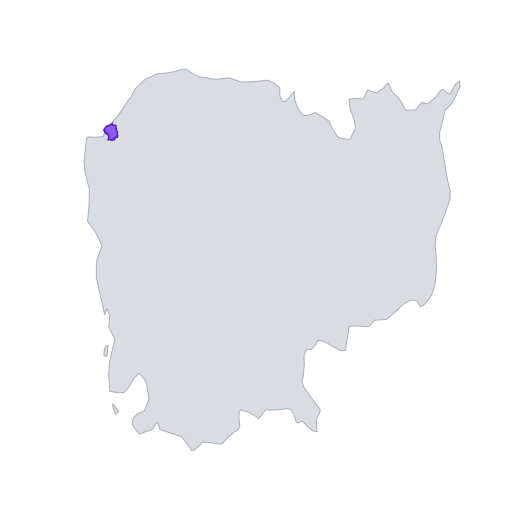 Paoy Paet, Bântéay Méanchey, Cambodia shown in context, rotated 8°
{"feature_id": "14789045B48513904069909", "entity_name": "Paoy Paet", "entity_type": "district", "adm_level": 2, "iso_a3": "KHM", "parent_name": "Cambodia", "parent_adm1": "Bântéay Méanchey", "projection": "equal_earth", "projection_center": [102.631, 13.649], "detail": "fine", "context": "in_parent", "style": "filled", "palette": "violet", "viewbox_px": 512, "rotation_deg": 8, "n_neighbors": 0, "source": "geoboundaries", "source_scale": "gbopen_adm2", "svg_char_len": 4765}
<svg xmlns="http://www.w3.org/2000/svg" viewBox="0 0 512 512"><g transform="rotate(8 256 256)"><path d="M433.3,54.4L434.4,59.5L431.6,69.3L428.5,78.1L422.7,85.8L422.5,91.5L420.6,108.5L421.4,113.9L422.8,118.5L424.7,121.0L429.9,137.6L434.6,152.7L439.3,165.2L440.2,173.0L436.1,192.9L431.4,211.2L431.8,220.4L434.0,229.5L436.3,241.7L437.3,257.3L436.1,267.4L433.9,273.7L429.8,280.2L426.1,283.5L421.7,278.0L418.1,277.8L413.4,279.4L409.7,282.0L402.2,291.5L393.9,300.7L382.3,303.1L377.8,310.0L373.0,310.9L363.8,311.2L357.9,312.9L358.1,316.3L357.7,332.6L357.9,336.4L356.9,337.4L352.8,337.9L345.8,335.4L336.2,331.4L329.4,330.8L326.0,337.9L323.9,340.7L321.4,341.1L318.7,342.3L317.8,345.5L317.6,349.5L318.9,356.3L319.4,367.1L319.1,374.4L321.6,379.1L336.2,394.7L340.6,398.6L341.1,401.0L338.5,409.5L340.9,421.4L336.3,421.2L328.7,416.1L325.0,412.9L320.6,415.5L319.1,415.0L316.1,409.1L312.2,403.1L308.2,402.7L299.7,405.1L291.0,406.7L287.7,406.7L286.4,407.8L281.4,416.7L279.3,415.2L270.5,411.8L262.5,410.5L260.9,412.8L261.9,420.1L263.7,427.2L262.7,430.2L258.3,434.0L252.5,440.7L249.0,446.0L246.5,447.3L237.7,447.1L228.9,447.7L225.4,452.7L222.1,456.6L219.3,457.6L207.8,445.4L185.0,441.1L182.5,435.7L180.3,434.6L178.2,441.6L165.7,448.4L160.5,444.3L156.6,439.4L157.2,433.3L160.8,428.4L167.0,424.9L169.9,412.5L165.1,396.6L161.0,392.0L156.6,388.3L152.0,394.2L148.1,404.3L144.1,409.5L138.4,410.7L130.1,410.3L126.8,395.2L125.7,382.2L126.9,367.5L128.1,358.7L120.1,346.7L119.6,335.2L115.7,329.3L114.6,332.3L114.7,335.6L113.6,333.2L100.9,299.6L98.8,284.0L101.0,272.0L102.2,267.9L98.6,261.6L93.4,254.5L84.4,245.1L83.7,230.2L81.7,212.7L79.0,206.8L74.9,196.0L72.6,187.0L71.8,163.4L73.0,161.5L79.4,160.9L87.7,159.2L89.0,155.3L87.5,152.2L92.8,146.9L100.4,135.2L106.2,122.9L110.4,115.2L112.9,107.5L121.4,96.7L133.1,89.2L141.0,87.5L149.3,84.9L157.2,81.3L160.9,80.9L170.8,85.3L176.1,86.5L181.7,86.4L187.5,86.9L192.5,86.4L204.6,83.3L217.4,85.8L228.8,83.8L242.9,80.3L249.9,82.5L256.2,86.1L257.1,93.3L258.6,96.5L260.7,99.1L263.5,99.1L267.1,94.0L270.1,88.9L271.0,87.9L271.2,90.5L272.7,96.1L275.4,101.6L278.2,105.2L282.7,110.1L285.7,110.3L295.3,105.7L309.9,112.4L311.6,115.8L316.3,122.5L321.4,127.4L332.7,127.7L336.7,115.7L334.7,108.4L328.2,95.7L326.4,88.2L328.4,86.9L339.3,85.5L341.1,84.0L343.5,75.8L346.4,76.7L352.5,77.8L358.8,72.2L362.6,66.2L364.7,68.9L367.0,73.1L369.4,75.5L374.1,79.0L379.2,84.1L382.3,89.0L384.9,90.9L391.4,89.5L393.1,89.7L396.8,83.8L399.4,80.5L401.7,81.4L405.0,81.4L411.7,73.8L415.5,66.8L417.6,64.9L423.7,68.4L426.1,67.7L429.5,58.1L433.3,54.4ZM122.5,375.3L121.3,376.2L120.1,376.1L118.9,374.8L119.0,369.3L119.9,366.0L121.9,365.4L122.5,375.3ZM141.6,428.6L139.1,432.3L135.0,424.8L135.0,422.7L141.6,428.6Z" fill="#d9dde1" stroke="#a8b0b8" stroke-width="1"/><path d="M95.3,144.9L95.2,145.0L93.8,146.0L91.4,147.7L91.2,147.8L91.1,147.7L90.8,147.8L90.7,147.8L90.6,148.0L90.4,148.1L90.2,148.3L89.9,148.5L89.8,148.8L89.8,149.0L89.7,149.1L89.4,149.2L89.2,149.3L89.1,149.6L88.9,149.8L88.8,150.0L88.7,150.1L88.7,150.3L88.6,150.5L88.5,150.8L88.4,150.9L88.4,151.0L88.2,151.3L88.1,151.5L87.9,151.7L87.9,151.8L88.0,151.9L87.9,152.0L87.8,152.3L88.0,152.4L88.0,152.5L88.2,152.8L88.3,152.9L88.5,153.0L88.4,153.0L88.5,153.3L88.6,153.2L88.6,153.3L88.8,153.4L88.9,153.5L89.0,153.5L89.3,153.8L89.3,154.0L89.4,154.3L89.4,154.5L89.5,154.5L89.6,154.8L89.6,155.0L89.8,155.0L90.0,155.2L90.3,155.0L90.5,155.0L90.6,155.3L90.7,155.5L90.8,155.4L91.0,155.4L91.0,155.5L91.3,155.7L91.4,155.8L91.5,155.7L91.5,155.8L91.5,156.0L91.8,156.2L91.8,156.3L92.0,156.3L92.1,156.2L92.2,156.3L92.3,156.3L92.3,156.5L92.5,156.5L92.8,156.6L92.9,156.8L93.0,156.8L93.1,157.0L93.2,157.3L93.3,157.3L93.5,157.5L93.5,161.5L93.8,161.4L94.0,161.3L94.1,161.2L94.3,161.1L94.5,161.2L94.8,161.0L95.0,161.0L95.5,160.8L95.7,160.7L95.8,160.8L95.8,161.0L96.0,161.3L96.3,161.3L96.5,161.4L96.8,161.3L97.0,161.3L97.3,161.3L97.5,161.4L97.8,161.2L98.0,161.0L98.3,161.0L98.4,160.9L98.5,160.8L98.5,160.7L98.6,160.4L98.6,160.2L98.7,160.3L98.8,160.3L98.8,160.2L99.0,160.1L99.1,160.3L99.2,160.2L99.3,160.2L99.4,160.3L99.5,160.4L99.6,160.5L99.5,160.8L99.6,160.7L99.8,160.2L100.0,159.8L100.0,159.6L99.9,159.5L99.8,159.3L99.8,159.0L99.8,158.9L100.0,158.7L100.2,158.4L100.3,158.2L100.6,157.9L100.8,157.8L101.0,157.9L101.6,157.9L102.1,157.8L102.2,157.5L102.2,157.3L102.2,157.0L102.2,156.8L102.2,156.6L102.3,156.5L102.3,156.3L102.4,156.1L102.3,155.8L102.2,155.7L102.0,155.4L101.9,155.3L101.8,155.2L101.7,155.2L101.6,153.2L101.5,152.9L101.5,152.7L101.4,152.4L101.4,152.2L101.1,151.9L100.9,151.7L100.6,151.5L100.5,151.4L100.3,151.3L100.3,151.2L100.2,151.1L100.2,150.9L100.1,150.6L100.1,150.4L100.1,150.2L100.1,149.8L100.1,149.5L100.0,149.3L100.0,149.1L99.9,148.9L99.2,148.8L99.2,146.3L95.3,146.3L95.3,144.9Z" fill="#8b5cf6" stroke="#5b21b6" stroke-width="1.5"/></g></svg>